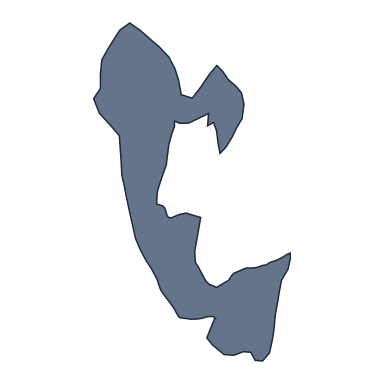 the district of Ika South, Delta, Nigeria
{"feature_id": "59680162B51019344443676", "entity_name": "Ika South", "entity_type": "district", "adm_level": 2, "iso_a3": "NGA", "parent_name": "Nigeria", "parent_adm1": "Delta", "projection": "equal_earth", "projection_center": [6.215, 6.183], "detail": "fine", "context": "isolated", "style": "filled", "palette": "slate", "viewbox_px": 384, "rotation_deg": 0, "n_neighbors": 0, "source": "geoboundaries", "source_scale": "gbopen_adm2", "svg_char_len": 1818}
<svg xmlns="http://www.w3.org/2000/svg" viewBox="0 0 384 384"><path d="M224.1,354.6L234.0,355.2L243.4,351.7L250.8,352.3L255.2,360.4L262.6,361.0L269.5,352.8L272.4,339.8L273.9,329.7L275.3,314.7L277.7,301.8L279.2,292.3L281.6,280.1L288.0,269.2L290.4,258.3L290.2,253.0L289.6,253.4L288.0,253.8L281.8,257.7L276.6,260.3L269.5,262.6L266.2,265.0L262.8,265.4L256.8,267.5L250.7,268.1L246.2,268.0L234.1,273.1L232.4,274.6L230.9,276.8L228.5,280.4L222.3,284.0L216.4,287.5L213.9,286.1L209.5,284.5L205.7,280.8L197.9,266.2L195.4,262.5L194.7,251.6L195.8,245.3L200.7,217.5L186.0,213.1L180.1,214.3L176.1,215.8L171.4,217.8L168.7,217.5L167.1,215.7L165.8,210.6L164.4,207.6L162.7,205.9L156.7,204.1L157.2,192.3L159.2,185.3L162.9,174.4L166.3,164.9L168.8,144.7L172.2,132.6L173.4,129.6L173.5,128.6L174.1,127.5L174.6,125.7L174.4,124.4L174.4,122.6L174.6,121.2L177.0,122.2L179.5,123.3L182.9,123.3L186.5,123.1L189.0,123.0L192.3,121.4L200.4,117.4L208.6,113.5L207.6,125.8L213.5,122.4L216.5,130.5L218.0,142.6L220.0,153.4L225.9,147.3L231.8,137.7L237.2,126.8L239.1,123.6L242.1,118.6L244.0,104.4L241.5,92.9L236.6,86.9L228.2,79.5L222.7,71.4L216.9,65.5L209.4,74.3L200.1,88.0L192.2,98.2L181.3,94.7L178.4,79.4L174.9,68.6L168.9,57.1L168.6,56.8L159.5,47.1L153.1,41.7L147.1,36.4L140.2,30.4L129.8,23.0L126.8,25.1L123.4,27.5L120.0,29.9L115.6,36.7L111.2,43.6L106.7,51.1L101.8,59.9L100.4,74.2L100.5,88.4L93.6,98.6L99.5,113.5L107.0,121.5L113.1,128.4L119.3,135.6L120.9,157.9L121.4,166.7L121.9,175.5L124.4,186.4L126.0,195.1L129.0,209.3L132.5,224.9L135.5,238.4L140.4,249.9L145.4,259.3L151.8,269.4L156.8,278.8L160.8,290.3L166.2,297.7L172.7,306.4L178.1,315.8L179.8,317.7L185.0,318.4L191.0,319.2L197.9,319.0L203.2,318.0L207.6,316.7L212.7,316.4L215.2,318.1L215.6,318.5L214.4,319.1L206.8,337.9L212.8,345.3L224.1,354.6Z" fill="#64748b" stroke="#1e293b" stroke-width="1.5"/></svg>